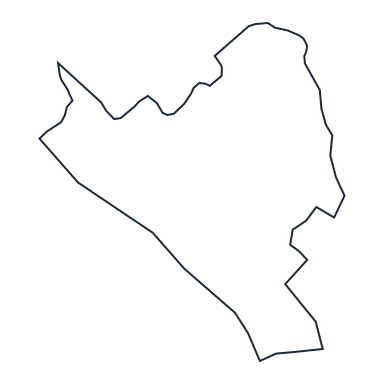 an SVG outline of Ilukstes
{"feature_id": "LVA-5749", "entity_name": "Ilukstes", "entity_type": "Municipality", "adm_level": 1, "iso_a3": "LVA", "parent_name": "Latvia", "parent_adm1": "", "projection": "albers", "projection_center": [26.129, 55.982], "detail": "fine", "context": "isolated", "style": "outline", "palette": "slate", "viewbox_px": 384, "rotation_deg": 0, "n_neighbors": 0, "source": "natural_earth", "source_scale": "10m", "svg_char_len": 939}
<svg xmlns="http://www.w3.org/2000/svg" viewBox="0 0 384 384"><path d="M123.9,213.4L78.0,182.5L39.5,138.6L47.3,131.2L61.1,122.2L64.7,115.6L66.9,107.0L72.5,100.6L69.5,94.4L68.0,90.3L61.5,80.1L59.8,75.2L58.1,63.1L101.1,102.3L106.3,110.9L114.2,119.1L120.7,118.1L134.8,106.3L138.6,102.0L147.8,95.9L156.9,103.1L162.7,113.0L167.5,115.0L173.9,113.7L184.3,103.7L191.0,93.8L193.6,88.0L199.2,83.0L205.3,83.7L209.8,85.8L221.6,75.9L221.9,67.6L221.0,65.1L214.7,55.9L248.7,26.2L255.7,24.0L267.8,23.0L274.8,27.6L287.5,30.4L299.1,35.4L303.2,38.2L305.5,42.3L307.1,46.3L306.1,52.2L304.3,56.1L304.9,63.4L319.8,90.1L321.4,108.6L325.9,124.8L332.3,135.4L330.3,155.6L336.0,177.4L344.5,195.7L334.1,217.5L316.3,207.0L306.2,220.6L292.7,229.7L290.2,244.9L298.7,250.9L307.2,259.9L285.2,284.1L315.8,321.8L322.7,349.0L293.0,352.1L276.0,353.6L259.9,361.0L248.0,333.1L235.1,312.9L184.2,268.6L152.7,232.7L123.9,213.4Z" fill="none" stroke="#1e293b" stroke-width="2"/></svg>